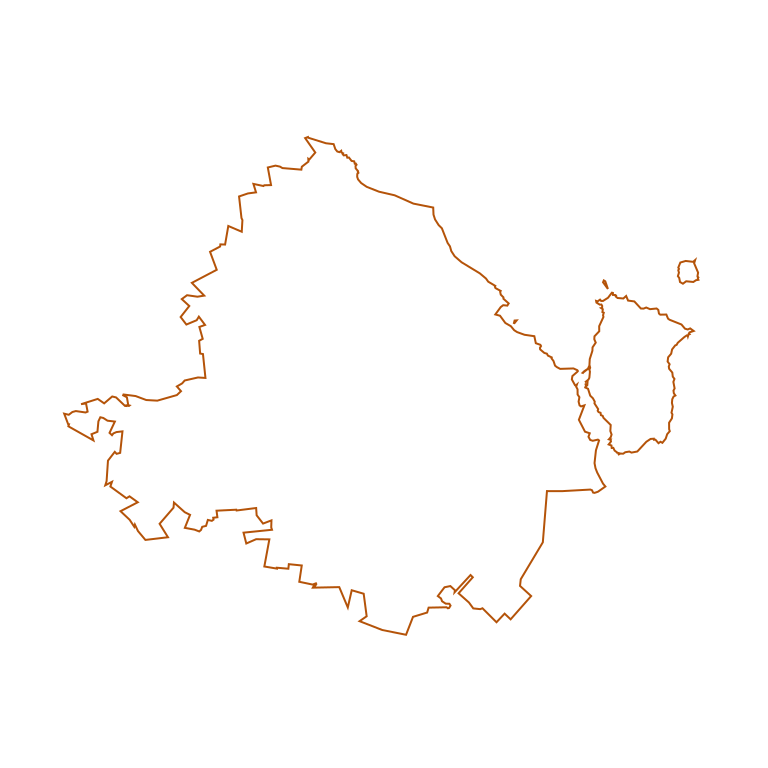 outline of Hermosillo, Sonora, Mexico, rotated 176°
{"feature_id": "50627088B25746055261470", "entity_name": "Hermosillo", "entity_type": "district", "adm_level": 2, "iso_a3": "MEX", "parent_name": "Mexico", "parent_adm1": "Sonora", "projection": "robinson", "projection_center": [-112.148, 28.969], "detail": "fine", "context": "isolated", "style": "outline", "palette": "amber", "viewbox_px": 768, "rotation_deg": 176, "n_neighbors": 0, "source": "geoboundaries", "source_scale": "gbopen_adm2", "svg_char_len": 6107}
<svg xmlns="http://www.w3.org/2000/svg" viewBox="0 0 768 768"><g transform="rotate(176 384 384)"><path d="M170.3,266.3L172.5,269.4L177.5,280.8L178.9,285.3L179.5,290.4L177.2,303.1L173.4,312.7L174.5,313.6L179.7,312.8L182.2,313.8L183.7,317.1L182.2,320.5L186.8,322.4L192.1,334.7L185.6,348.7L189.0,347.9L190.4,349.0L191.1,352.8L190.0,357.2L191.6,360.0L191.3,365.2L192.5,367.9L191.6,370.0L192.7,369.2L191.9,369.6L192.3,368.8L193.5,369.4L196.3,375.5L195.5,378.8L190.3,382.7L189.7,383.4L190.2,384.3L193.9,386.3L207.2,386.8L210.4,388.8L212.1,390.4L213.3,395.1L215.1,397.9L214.8,398.8L218.5,400.9L219.4,402.9L221.9,403.8L225.8,407.6L225.9,409.2L224.7,410.9L225.3,412.2L229.7,414.1L230.7,421.2L240.4,423.3L247.6,426.5L250.4,428.6L253.4,432.8L258.7,436.4L263.5,444.0L268.1,445.6L262.2,452.6L259.6,454.3L255.5,453.6L254.0,455.7L258.9,460.7L258.8,462.1L261.3,465.0L261.7,467.9L261.1,468.7L266.1,471.9L266.6,473.3L266.1,474.1L272.9,478.8L274.9,482.1L280.7,487.7L298.1,500.0L304.6,506.5L307.6,511.9L308.6,516.7L310.7,520.3L315.4,535.3L318.4,538.7L321.6,544.6L322.8,549.5L322.6,556.6L342.1,561.9L360.2,571.5L375.6,576.2L387.5,581.9L392.8,586.1L395.6,589.9L396.3,592.5L396.0,595.4L394.8,596.4L395.4,597.4L395.0,598.1L397.2,601.1L397.2,603.5L396.1,604.6L396.8,605.9L397.8,605.8L398.2,608.2L400.8,608.8L403.2,612.4L404.8,612.3L405.5,615.0L408.3,614.9L409.2,616.3L408.7,617.0L410.2,617.9L410.4,619.6L412.3,618.4L414.4,619.2L416.2,621.8L417.5,626.8L425.1,628.2L442.5,635.0L442.6,635.7L445.5,634.8L436.4,619.7L442.9,613.1L443.8,613.9L443.9,611.1L450.8,606.5L451.5,603.6L470.3,606.5L472.6,608.1L477.0,609.4L484.8,608.1L482.8,590.3L489.6,590.6L490.4,589.9L500.3,592.7L498.3,584.1L506.4,583.6L515.5,581.2L514.6,559.5L513.8,557.4L515.3,545.8L528.3,552.5L532.8,534.2L537.5,534.7L537.9,532.6L548.3,528.0L542.9,509.6L568.6,498.3L557.2,484.7L564.0,484.1L574.3,486.3L579.8,482.8L572.8,475.4L582.2,465.0L577.0,457.1L566.4,460.7L564.0,464.1L558.4,455.4L564.2,453.8L561.7,441.7L565.4,440.0L565.3,427.2L562.5,426.5L561.7,402.5L569.1,403.5L582.6,401.4L585.3,398.7L590.8,396.0L587.0,391.0L591.4,387.4L611.3,383.2L622.3,384.6L632.6,389.3L644.6,391.7L645.0,390.9L641.4,388.7L640.6,380.7L639.4,380.3L640.0,379.9L642.4,380.7L642.5,380.0L643.9,380.2L652.2,389.3L656.0,390.5L664.5,384.2L670.6,389.1L687.6,385.0L682.6,385.4L681.6,377.1L683.7,376.4L693.3,378.5L696.8,377.8L700.6,375.3L705.1,376.7L701.8,365.7L701.1,365.7L701.8,363.8L677.8,348.0L679.3,354.3L673.2,356.3L671.5,366.7L669.3,370.6L666.4,369.7L662.4,366.7L655.1,365.3L661.2,354.4L658.9,351.9L657.4,353.6L654.3,354.7L648.2,355.0L652.0,333.7L655.6,333.0L657.3,335.1L664.7,326.8L667.5,306.5L669.1,302.4L662.2,305.4L664.1,300.8L648.9,288.0L645.7,289.7L637.9,283.2L655.7,275.5L647.2,266.3L643.1,259.0L642.3,261.1L639.7,254.5L632.9,245.1L610.2,246.2L617.6,260.2L602.6,275.3L601.8,280.4L591.7,270.0L586.6,267.0L592.7,254.4L583.1,251.9L578.6,249.8L576.7,251.2L575.3,254.2L571.4,254.9L569.2,260.7L565.3,259.5L563.5,260.6L563.7,262.5L559.5,262.7L559.9,269.3L540.1,268.9L539.9,268.1L520.2,269.2L520.2,261.9L514.4,253.2L505.8,255.8L506.5,248.8L505.9,246.4L534.5,245.5L532.5,234.5L522.4,238.1L509.2,237.0L516.1,210.3L503.7,207.3L503.7,208.2L492.3,206.4L491.5,210.9L478.7,208.7L482.3,192.6L469.2,188.9L465.8,189.9L465.5,189.1L466.6,187.6L468.2,187.3L469.2,185.8L442.8,184.5L435.7,163.6L430.6,180.5L418.9,176.2L417.5,153.5L424.9,149.1L402.9,138.7L379.5,132.3L371.3,149.7L356.9,153.0L355.1,157.8L337.2,156.9L335.9,155.8L334.6,156.1L333.1,158.3L334.1,160.2L337.8,160.6L341.2,163.2L342.1,166.1L345.1,168.7L337.8,177.0L331.9,177.8L327.6,173.3L328.1,171.3L311.0,187.4L308.9,185.0L324.2,170.0L314.5,160.1L310.6,153.9L303.7,152.7L301.4,153.4L288.4,138.5L279.7,146.5L274.1,140.4L252.0,162.2L262.4,173.1L261.2,179.7L236.6,215.0L228.9,265.8L214.2,264.7L185.5,264.3L183.9,263.5L183.0,261.1L181.6,260.7L178.1,261.6L170.3,266.3ZM155.6,297.0L153.1,298.1L150.2,297.8L148.1,299.1L144.0,299.5L141.9,298.3L136.0,299.0L126.3,308.1L121.9,310.6L118.6,310.6L118.6,309.6L117.1,309.5L114.3,305.8L112.2,307.1L110.4,305.9L106.8,309.8L105.0,314.2L102.2,317.0L102.7,319.0L102.3,325.5L99.2,329.6L98.4,333.6L99.2,335.3L97.5,341.2L98.1,345.0L97.5,348.7L96.0,351.3L94.1,352.2L95.5,354.5L95.7,357.2L94.4,359.3L95.2,365.9L93.9,368.8L95.4,371.2L95.6,375.3L98.5,379.3L98.7,381.6L97.7,383.8L99.5,386.6L98.7,390.8L95.4,394.2L94.2,398.4L90.8,402.2L89.4,402.6L88.1,404.6L81.1,409.9L78.5,411.4L77.7,411.3L77.5,410.3L76.8,412.1L75.7,412.4L76.3,413.2L75.6,414.2L71.4,415.3L74.7,418.1L77.2,417.2L79.9,418.2L83.1,422.6L94.7,428.2L96.1,429.4L97.5,433.6L103.6,433.9L104.8,435.1L105.2,438.8L106.8,440.3L113.4,440.1L117.1,442.0L119.8,441.1L122.5,441.4L128.5,448.9L134.7,450.2L136.3,454.9L139.3,452.6L145.0,453.5L146.7,455.1L146.3,455.9L146.9,456.6L149.4,456.9L149.3,458.9L150.3,459.2L154.5,454.4L159.7,451.6L161.6,451.7L162.6,453.1L165.2,451.5L166.6,452.1L166.4,450.4L163.2,448.1L161.6,448.1L160.9,446.7L161.1,444.8L162.1,444.6L160.5,443.3L161.1,440.5L159.8,439.8L160.7,437.3L160.4,435.6L165.3,426.7L165.6,421.6L170.7,416.9L171.1,414.0L169.9,410.5L173.4,406.0L173.8,402.6L177.0,394.5L177.8,388.1L179.5,385.0L183.2,382.9L185.1,381.3L184.0,380.8L184.7,381.4L179.5,384.9L177.6,388.1L177.2,385.8L178.1,383.8L177.7,382.0L178.7,375.9L179.7,374.2L183.4,371.6L180.6,373.3L181.3,368.6L182.8,367.4L182.1,368.8L183.3,370.5L182.5,368.7L183.5,366.5L180.8,365.0L179.1,358.0L176.6,355.2L175.0,351.7L175.4,350.0L172.1,344.0L172.7,342.4L171.9,341.0L170.0,340.2L169.8,337.8L168.1,337.0L167.4,334.9L160.7,327.3L161.5,321.3L160.5,317.7L161.5,315.2L163.5,313.1L163.1,312.9L162.8,313.0L162.0,312.8L161.9,312.9L163.3,313.2L162.0,314.3L161.6,310.8L164.1,308.0L161.4,306.8L161.3,304.3L159.7,304.3L158.6,301.5L156.4,299.6L157.0,299.5L153.2,298.2L155.6,297.0ZM81.6,465.1L78.8,463.2L75.4,465.4L68.3,464.2L65.5,465.8L63.1,466.0L63.6,467.8L63.0,468.4L63.8,469.6L62.9,473.2L66.2,482.8L65.0,485.9L67.1,484.3L74.5,485.7L79.9,484.5L82.3,479.6L81.7,478.2L82.5,477.0L82.0,474.5L83.3,471.1L82.1,469.2L81.6,465.1ZM158.4,470.2L154.0,463.2L156.1,471.0L157.5,472.0L158.4,470.2ZM249.3,438.2L250.1,435.8L249.6,435.6L247.2,438.2L249.3,438.2Z" fill="none" stroke="#b45309" stroke-width="2"/></g></svg>